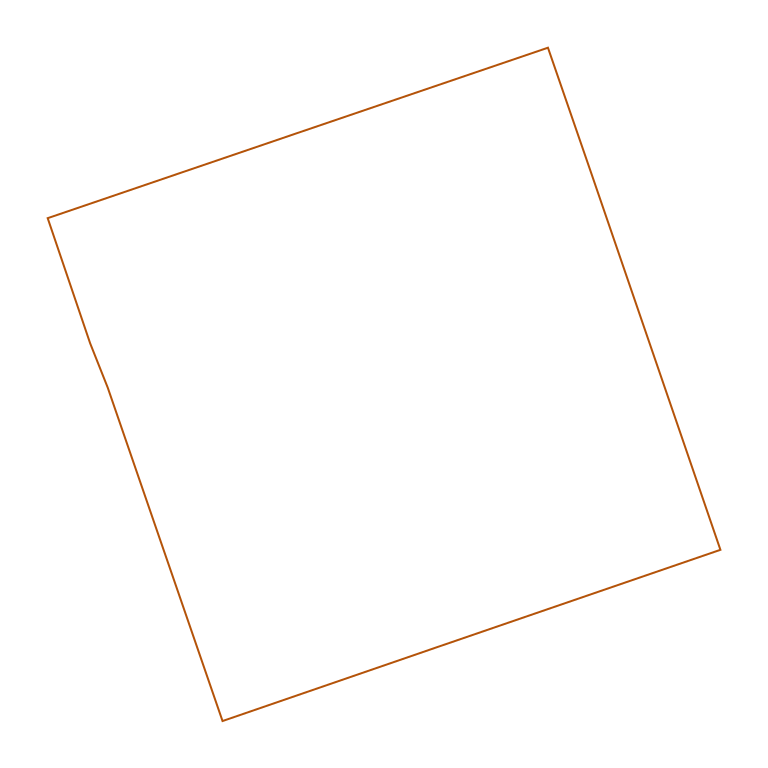 McCook, South Dakota, United States of America, rotated 341°
{"feature_id": "52423323B83837312617941", "entity_name": "McCook", "entity_type": "district", "adm_level": 2, "iso_a3": "USA", "parent_name": "United States of America", "parent_adm1": "South Dakota", "projection": "mercator", "projection_center": [-97.372, 43.674], "detail": "fine", "context": "isolated", "style": "outline", "palette": "amber", "viewbox_px": 768, "rotation_deg": 341, "n_neighbors": 0, "source": "geoboundaries", "source_scale": "gbopen_adm2", "svg_char_len": 286}
<svg xmlns="http://www.w3.org/2000/svg" viewBox="0 0 768 768"><g transform="rotate(341 384 384)"><path d="M648.1,650.3L648.6,252.1L648.5,119.4L383.5,118.5L120.0,117.7L119.4,249.8L121.6,297.5L121.6,650.1L348.3,650.1L648.1,650.3Z" fill="none" stroke="#b45309" stroke-width="2"/></g></svg>